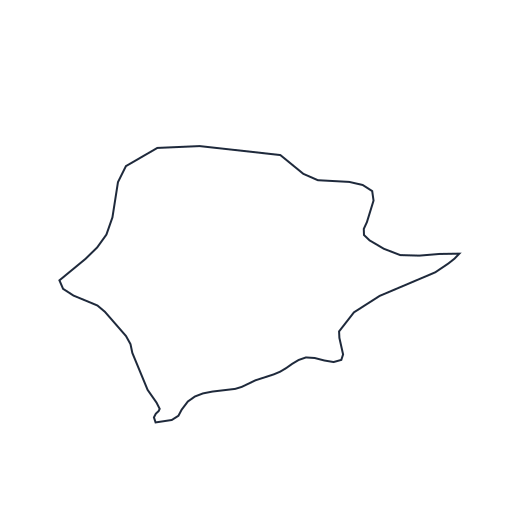 the Province of Tarlac, rotated 73°
{"feature_id": "PHL-2556", "entity_name": "Tarlac", "entity_type": "Province", "adm_level": 1, "iso_a3": "PHL", "parent_name": "Philippines", "parent_adm1": "", "projection": "equal_earth", "projection_center": [120.579, 15.519], "detail": "fine", "context": "isolated", "style": "outline", "palette": "slate", "viewbox_px": 512, "rotation_deg": 73, "n_neighbors": 0, "source": "natural_earth", "source_scale": "10m", "svg_char_len": 975}
<svg xmlns="http://www.w3.org/2000/svg" viewBox="0 0 512 512"><g transform="rotate(73 256 256)"><path d="M380.5,400.8L377.5,397.9L375.8,394.4L374.0,392.8L367.1,394.0L352.3,398.8L312.5,402.6L303.6,401.8L294.6,403.7L265.2,416.8L257.0,422.1L240.5,442.1L231.0,450.1L221.8,451.1L208.9,419.9L201.4,405.4L191.8,392.8L177.1,382.0L145.0,366.4L132.0,354.1L123.8,318.8L134.4,277.8L166.6,203.2L191.3,186.7L201.6,174.7L212.4,145.2L219.3,133.2L227.9,125.9L237.4,127.4L256.0,140.0L261.6,145.0L267.5,146.6L274.3,142.8L286.5,131.6L297.3,117.8L303.4,99.7L307.7,79.9L313.2,60.9L316.6,67.0L319.4,74.2L324.0,89.3L330.3,149.4L338.5,178.8L352.4,198.6L358.7,200.2L375.6,201.5L380.3,204.8L380.1,212.8L375.9,221.2L370.7,229.7L367.6,237.9L367.9,245.6L369.7,252.9L372.0,259.9L373.7,266.8L374.4,273.7L374.7,292.8L377.0,307.9L377.0,314.7L372.9,337.3L371.9,346.9L372.5,355.5L375.2,363.7L381.2,372.0L386.1,376.9L388.2,384.5L385.8,400.7L380.5,400.8Z" fill="none" stroke="#1e293b" stroke-width="2"/></g></svg>